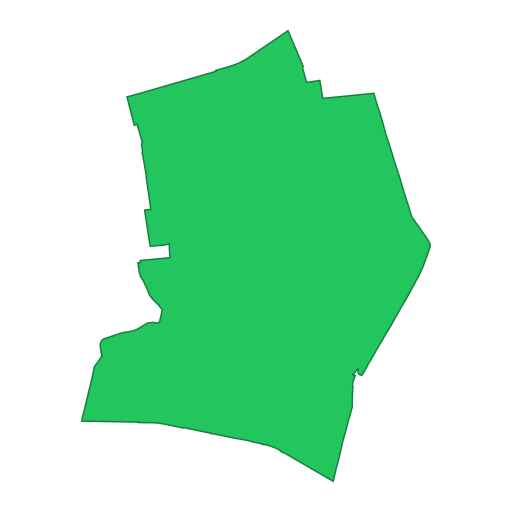 Tunari, Ilfov, Romania (Natural Earth projection)
{"feature_id": "2599482B63579595861696", "entity_name": "Tunari", "entity_type": "district", "adm_level": 2, "iso_a3": "ROU", "parent_name": "Romania", "parent_adm1": "Ilfov", "projection": "natural_earth1", "projection_center": [26.14, 44.567], "detail": "fine", "context": "isolated", "style": "filled", "palette": "green", "viewbox_px": 512, "rotation_deg": 0, "n_neighbors": 0, "source": "geoboundaries", "source_scale": "gbopen_adm2", "svg_char_len": 5628}
<svg xmlns="http://www.w3.org/2000/svg" viewBox="0 0 512 512"><path d="M380.2,113.8L379.5,111.6L377.9,107.0L376.2,101.6L373.8,93.3L373.0,93.4L370.1,93.7L368.9,93.8L367.9,93.9L367.5,93.9L366.5,94.0L365.8,94.1L365.0,94.2L363.7,94.3L358.9,94.8L355.6,95.1L354.0,95.3L349.9,95.7L339.9,96.7L329.5,97.7L326.3,98.0L322.8,98.4L322.2,95.2L319.8,80.4L314.3,81.3L306.6,82.4L304.2,73.7L302.5,67.6L303.1,66.7L303.2,66.4L302.7,65.0L300.4,59.7L298.8,56.1L297.7,53.4L293.9,44.5L292.0,40.1L291.4,38.6L288.3,31.4L288.0,30.7L264.7,46.6L263.5,47.4L263.2,47.6L259.3,50.2L257.0,51.8L250.3,56.4L246.6,58.9L245.0,59.8L243.2,60.8L242.2,61.4L240.7,62.1L239.2,62.9L238.1,63.4L236.8,63.9L233.3,65.2L230.4,66.2L220.8,69.0L216.1,70.3L216.1,70.5L215.7,70.7L216.0,71.3L205.4,74.4L201.5,75.5L197.8,76.6L192.7,78.1L185.1,80.3L178.2,82.3L172.1,84.0L169.4,84.8L158.9,87.9L143.3,92.4L135.0,94.7L132.3,95.5L127.0,96.9L128.8,104.0L134.3,125.3L137.2,124.3L140.6,136.4L142.3,142.3L142.2,142.7L141.8,143.1L141.5,144.0L141.5,144.7L141.7,145.8L142.7,151.8L142.7,152.0L142.2,152.3L146.5,176.4L146.2,176.4L146.3,177.6L146.4,178.0L146.5,178.8L146.9,182.2L148.3,191.4L149.3,198.3L150.2,204.8L150.8,209.4L144.6,210.1L147.6,229.7L149.8,243.9L150.2,245.6L150.3,246.4L154.4,245.9L155.9,245.8L158.9,245.5L159.4,245.4L162.2,245.3L163.5,245.2L165.3,244.9L167.8,244.3L169.3,243.9L169.3,245.1L169.4,248.2L169.4,250.3L170.0,257.6L165.7,258.1L159.2,258.7L150.6,259.5L144.6,260.1L140.2,260.5L140.5,262.3L140.5,262.5L139.6,262.6L139.1,262.6L138.0,262.7L138.2,264.6L138.3,265.2L138.5,266.4L139.4,273.0L140.3,275.6L141.0,277.5L141.6,278.3L142.8,279.8L143.3,280.7L143.7,281.6L144.7,283.8L145.7,286.0L146.2,286.8L146.6,287.5L147.4,289.6L147.7,290.4L148.2,291.5L148.4,292.0L149.2,294.5L150.0,295.7L151.1,297.1L151.7,298.0L152.6,299.1L153.5,300.0L155.6,302.2L158.6,304.9L160.0,307.0L160.7,307.9L160.8,308.0L161.3,308.6L162.0,309.3L161.9,310.7L161.9,310.9L161.8,311.6L161.4,313.8L160.7,317.1L160.0,319.7L160.0,320.8L158.1,323.1L157.9,323.1L153.5,322.4L151.3,322.5L147.4,323.1L145.0,324.5L141.7,326.5L139.6,327.8L136.5,329.6L132.8,330.9L130.4,331.4L126.9,332.0L124.6,332.3L123.4,332.5L120.9,333.2L117.5,334.3L112.1,336.1L108.3,337.4L104.6,338.6L103.5,339.1L102.6,339.7L101.5,340.8L101.2,341.4L100.5,343.5L100.3,344.2L100.5,344.3L100.2,345.4L100.2,345.7L100.2,346.2L101.1,352.1L101.8,355.1L102.2,355.2L102.0,355.9L101.8,356.2L97.8,362.1L94.8,366.0L94.6,366.4L94.4,367.1L93.1,372.9L91.0,382.4L90.3,385.4L89.9,386.9L87.9,395.2L87.9,395.4L87.0,398.8L84.4,409.8L84.3,410.0L83.7,412.3L82.3,417.9L81.8,421.2L82.0,421.2L83.3,421.2L85.9,421.2L87.1,421.2L89.0,421.3L90.8,421.3L92.5,421.3L94.2,421.4L95.9,421.4L97.6,421.4L99.3,421.4L101.2,421.5L104.6,421.5L106.3,421.6L108.1,421.6L109.7,421.6L111.4,421.6L113.3,421.7L115.1,421.7L117.1,421.7L120.2,421.8L120.2,421.7L122.8,421.8L125.6,421.9L138.6,422.1L138.5,422.6L141.3,422.6L143.2,422.6L144.9,422.7L146.6,422.7L148.3,422.7L150.1,422.7L153.4,422.8L155.9,422.9L158.5,423.1L161.3,423.6L165.0,424.2L168.4,424.9L171.8,425.6L173.5,426.0L174.8,426.2L176.5,426.6L179.8,427.3L181.6,427.7L183.3,428.0L183.4,427.6L187.0,428.3L188.8,428.7L190.5,429.0L194.0,429.8L195.8,430.1L197.4,430.5L200.9,431.2L203.6,431.8L211.3,433.3L211.3,433.7L211.6,433.7L213.0,433.7L236.7,438.6L240.3,439.1L246.5,440.3L249.5,440.8L251.9,441.6L253.0,442.0L254.1,442.3L255.7,442.4L257.7,443.0L258.8,443.2L260.9,443.6L261.3,443.7L261.8,444.2L262.9,444.5L262.9,444.1L263.5,444.3L266.0,444.9L267.4,445.2L268.8,445.6L270.1,446.0L271.3,446.4L273.1,447.1L275.3,448.0L277.4,448.9L279.1,449.8L280.6,450.7L280.3,451.1L282.8,452.6L283.0,452.3L287.9,455.0L288.1,455.1L291.0,456.8L319.6,473.4L322.2,474.7L322.1,474.9L330.2,479.5L333.1,481.3L333.9,478.3L334.4,476.2L335.0,473.6L335.8,470.1L336.3,468.0L337.5,463.9L338.4,460.7L338.8,459.0L339.4,456.2L339.7,455.1L340.2,453.0L340.7,450.3L341.4,447.6L342.4,443.3L343.1,440.3L344.4,435.7L345.3,432.3L346.5,428.1L347.1,425.5L348.4,420.8L348.5,420.2L350.2,414.5L352.2,407.3L352.3,406.2L352.3,405.7L352.3,401.9L352.3,400.1L352.3,397.7L352.5,393.7L352.9,387.7L353.0,386.7L352.3,384.3L352.7,382.9L353.7,379.9L354.9,376.4L355.3,375.6L352.9,374.8L352.6,374.7L352.7,374.3L353.0,374.3L353.7,373.9L354.0,373.7L354.3,373.2L354.8,372.6L355.0,372.3L355.1,372.2L355.4,371.9L355.8,371.4L356.0,371.0L356.8,370.0L357.8,368.8L358.1,368.7L358.2,368.8L358.2,369.9L358.1,371.8L358.0,372.8L358.1,373.3L358.4,373.6L359.3,374.4L360.0,374.8L360.7,375.0L361.2,375.1L362.0,375.1L364.0,371.9L367.7,365.4L367.7,364.8L370.1,361.1L373.1,355.9L376.6,349.8L379.2,345.2L380.1,343.8L381.1,342.2L382.9,339.0L384.7,336.0L386.0,333.6L388.3,330.1L389.7,327.7L391.4,324.7L393.7,320.6L396.1,316.3L397.7,313.5L401.9,306.2L404.0,302.6L406.9,297.6L407.0,297.5L408.4,294.9L410.1,291.9L411.9,288.4L412.9,286.7L414.4,283.9L416.6,279.8L418.6,276.0L420.1,273.2L423.0,266.6L424.1,263.7L426.0,258.6L427.0,255.9L428.4,252.0L429.8,247.8L430.2,246.2L430.1,245.2L429.9,243.9L429.7,243.1L429.0,241.8L428.0,240.1L426.6,238.0L424.9,235.6L423.7,233.8L423.0,232.8L422.5,232.1L422.1,231.6L421.9,231.3L418.4,226.2L417.9,225.5L417.4,224.8L416.8,224.0L416.2,223.1L415.5,222.1L414.8,221.0L413.0,218.6L412.2,217.3L411.8,216.5L411.4,215.3L410.8,213.6L410.3,212.0L409.8,210.5L409.5,209.5L409.3,208.9L408.1,204.8L406.8,201.0L406.5,200.0L402.9,188.5L402.6,187.5L402.5,187.1L402.0,185.5L400.9,181.6L400.2,179.1L398.0,172.3L397.8,171.8L397.6,171.1L397.2,170.0L396.0,166.1L395.1,163.4L393.8,159.4L393.1,156.9L391.7,152.3L388.1,140.9L386.5,136.3L385.5,133.2L385.4,132.8L385.4,132.3L385.3,132.0L385.3,131.6L384.4,128.7L383.7,126.0L382.7,122.6L381.5,118.4L380.5,115.1L380.2,113.8Z" fill="#22c55e" stroke="#15803d" stroke-width="1.5"/></svg>